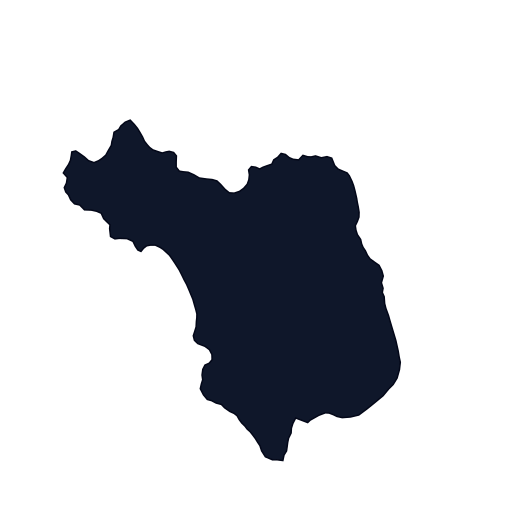 outline of Cairu, Bahia, Brazil, rotated 146°
{"feature_id": "56859067B59177199809142", "entity_name": "Cairu", "entity_type": "district", "adm_level": 2, "iso_a3": "BRA", "parent_name": "Brazil", "parent_adm1": "Bahia", "projection": "orthographic", "projection_center": [-38.973, -13.524], "detail": "fine", "context": "isolated", "style": "filled", "palette": "ink", "viewbox_px": 512, "rotation_deg": 146, "n_neighbors": 0, "source": "geoboundaries", "source_scale": "gbopen_adm2", "svg_char_len": 2907}
<svg xmlns="http://www.w3.org/2000/svg" viewBox="0 0 512 512"><g transform="rotate(146 256 256)"><path d="M306.3,89.0L302.9,89.6L293.0,88.8L286.2,87.2L283.2,84.9L280.6,81.2L278.6,77.7L274.9,73.8L267.7,69.7L259.7,66.7L249.3,67.2L241.1,67.9L228.8,69.1L220.3,71.6L214.1,72.8L207.3,75.9L200.6,81.6L195.8,87.2L193.8,92.2L191.3,97.6L187.3,107.8L182.8,122.2L180.8,128.5L179.5,132.4L177.6,140.0L175.9,144.7L172.5,150.6L171.7,155.1L168.7,158.2L167.0,163.7L161.7,168.2L159.9,173.5L159.2,179.5L161.1,184.4L163.1,189.9L163.2,194.3L162.4,199.2L162.4,203.3L161.7,206.9L160.0,211.2L160.0,217.0L158.7,221.5L156.7,225.6L152.6,228.0L148.9,230.7L146.1,234.6L143.8,239.5L141.9,244.1L140.3,247.5L138.9,251.1L137.4,255.0L135.8,259.6L134.7,264.1L133.8,270.2L134.0,273.9L136.7,278.0L139.3,282.1L140.2,287.0L139.3,291.1L138.5,294.8L141.6,298.7L146.9,300.9L150.7,305.7L154.9,307.3L157.7,309.4L160.8,313.2L166.9,311.8L171.2,315.5L173.5,319.1L174.8,323.7L177.8,327.0L182.8,325.7L187.5,325.8L191.5,323.3L196.6,324.7L200.6,325.7L204.3,326.1L206.6,329.8L209.8,332.7L214.0,331.5L216.1,327.0L219.3,323.2L223.1,320.4L228.4,319.0L233.5,318.8L238.9,320.3L242.8,323.3L244.4,328.6L245.3,335.2L246.4,340.1L249.6,343.9L254.2,347.7L259.4,352.4L262.1,358.1L265.4,363.4L269.0,366.3L272.1,369.2L272.5,374.3L269.6,378.6L266.0,383.5L266.4,387.9L269.4,391.3L272.6,392.7L276.1,393.8L278.8,397.2L282.2,401.7L283.5,405.5L284.0,409.1L284.3,413.6L283.5,418.1L283.1,423.6L282.9,428.0L283.3,432.9L284.3,439.0L289.6,440.1L295.3,439.4L299.1,437.6L304.5,438.0L308.2,434.1L311.2,431.7L314.1,428.6L319.7,425.9L324.1,423.6L329.0,423.0L333.1,423.0L338.1,424.0L341.6,428.8L342.9,434.1L345.1,440.0L346.7,443.9L350.5,445.3L353.0,442.5L356.4,439.0L360.2,436.7L365.0,434.7L369.3,432.6L368.5,426.6L372.4,422.4L376.7,419.9L377.9,415.5L377.3,411.6L378.2,406.2L377.3,400.7L373.6,396.8L372.4,390.2L366.8,386.1L363.1,382.2L360.4,378.0L361.4,372.1L360.6,368.1L359.6,363.5L362.0,360.6L365.7,353.5L363.4,349.1L359.5,347.1L353.2,342.5L349.8,336.9L350.6,331.5L350.6,327.0L348.8,324.1L344.9,325.3L341.0,325.6L337.5,324.1L333.4,321.3L330.7,316.8L329.3,313.5L327.3,305.1L327.2,300.8L327.2,295.5L327.3,291.6L327.4,287.5L328.1,281.9L328.9,276.3L329.4,271.2L330.6,264.9L331.6,260.0L332.5,255.5L334.2,250.4L335.9,245.1L337.4,241.0L339.6,237.9L342.0,235.1L345.3,230.7L348.9,227.8L352.6,224.9L354.2,220.5L353.2,215.9L348.9,209.8L347.0,204.5L347.6,199.0L350.4,194.6L354.8,193.3L359.3,194.1L363.5,191.8L367.3,187.5L369.4,183.2L372.8,180.5L376.4,177.1L377.2,170.3L376.6,164.3L373.7,160.9L371.3,156.4L367.7,152.3L366.9,147.7L364.6,141.7L362.2,137.8L361.0,134.1L361.4,129.8L361.2,125.5L360.3,121.2L360.1,117.4L359.1,113.6L358.8,109.4L358.6,105.0L358.8,100.5L358.8,96.6L360.3,91.3L360.5,84.3L356.3,77.8L352.5,75.3L348.1,71.4L344.1,75.3L339.7,77.3L336.9,80.4L333.9,83.8L330.8,86.8L325.9,89.6L322.9,93.5L319.0,96.6L313.7,99.5L306.3,89.0Z" fill="#0f172a" stroke="#020617" stroke-width="1.5"/></g></svg>